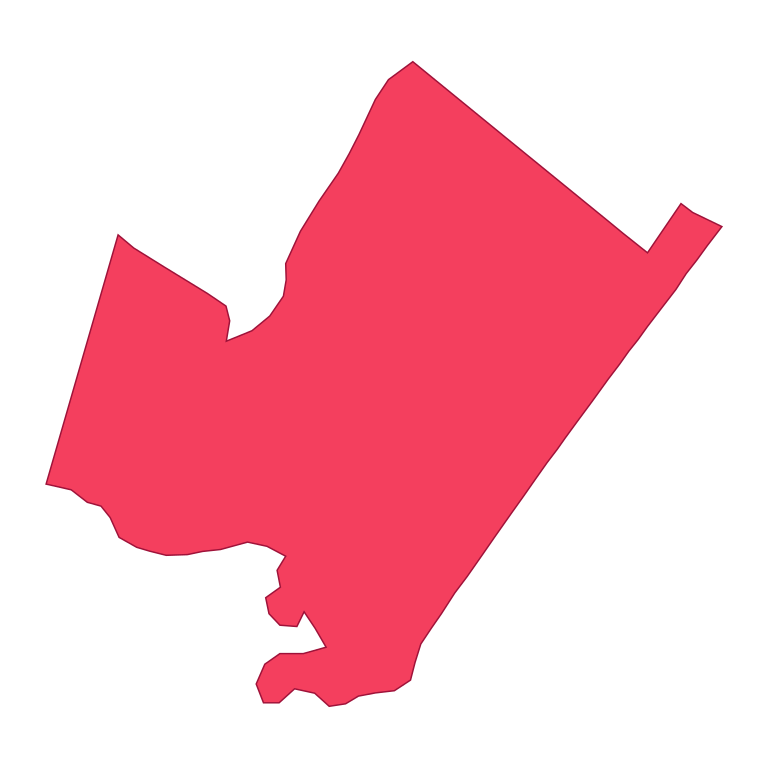 the district of Passo de Torres, Santa Catarina, Brazil
{"feature_id": "56859067B52187416246307", "entity_name": "Passo de Torres", "entity_type": "district", "adm_level": 2, "iso_a3": "BRA", "parent_name": "Brazil", "parent_adm1": "Santa Catarina", "projection": "orthographic", "projection_center": [-49.721, -29.267], "detail": "fine", "context": "isolated", "style": "filled", "palette": "rose", "viewbox_px": 768, "rotation_deg": 0, "n_neighbors": 0, "source": "geoboundaries", "source_scale": "gbopen_adm2", "svg_char_len": 1253}
<svg xmlns="http://www.w3.org/2000/svg" viewBox="0 0 768 768"><path d="M412.8,61.7L388.5,79.6L375.4,99.4L359.0,134.5L349.2,153.7L338.3,173.2L319.1,201.0L300.4,231.3L285.7,263.6L286.2,279.9L283.4,296.2L269.8,316.0L252.0,330.7L226.3,341.2L229.7,320.8L226.0,306.1L207.6,293.6L163.9,266.8L149.6,257.9L133.7,248.0L118.1,234.9L46.1,484.1L71.2,489.8L87.3,502.3L101.0,506.1L110.2,517.6L119.1,537.4L136.7,547.3L149.5,551.1L166.2,555.3L187.4,554.6L202.7,551.4L220.5,549.5L247.5,542.1L267.0,546.3L285.7,556.2L277.1,570.3L280.4,587.2L265.7,597.7L269.0,613.7L279.9,625.2L296.9,626.5L304.1,611.8L315.0,628.1L326.1,647.2L303.3,653.6L279.9,653.6L264.8,664.2L256.2,684.0L263.5,702.8L279.1,702.8L294.6,688.8L314.7,693.2L329.2,706.3L345.6,703.8L358.4,696.1L375.4,692.9L394.4,690.7L410.5,680.1L415.0,662.6L420.8,644.0L431.4,628.1L441.4,613.7L454.8,592.9L467.1,576.6L482.7,554.3L494.4,537.4L503.6,524.3L511.7,512.8L523.6,496.1L535.6,478.9L547.1,462.6L557.1,449.5L565.2,438.0L576.6,422.4L592.2,401.3L608.1,379.3L619.6,364.2L628.8,351.2L638.0,339.7L647.4,326.6L661.1,308.7L675.9,289.5L686.2,273.6L696.8,260.1L707.4,245.5L721.9,226.6L692.7,212.5L681.0,203.6L647.5,252.8L623.0,233.3L605.1,218.6L505.1,137.1L412.8,61.7Z" fill="#f43f5e" stroke="#9f1239" stroke-width="1.5"/></svg>